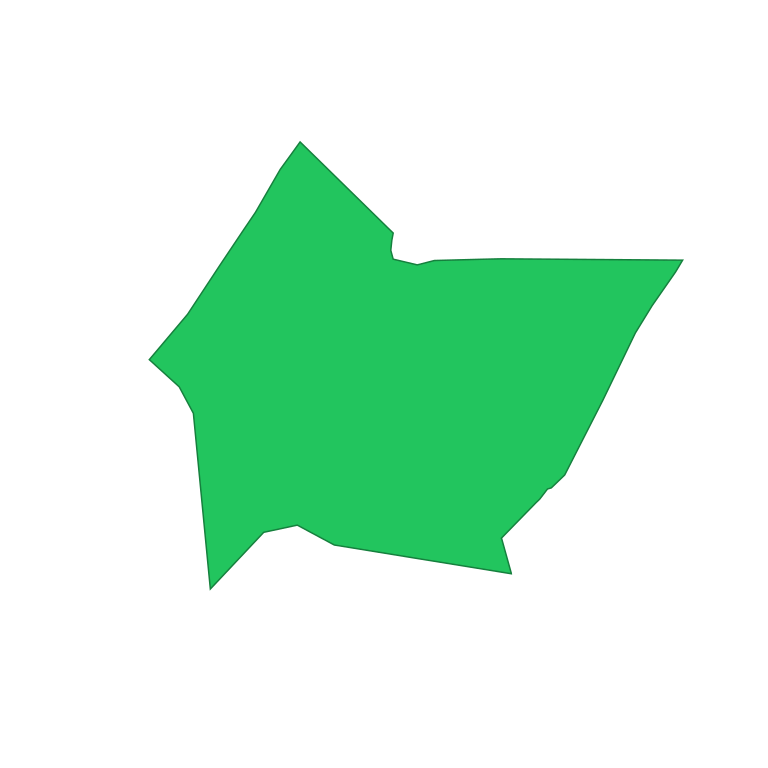 the district of Moughataa d'Enneama, Hodh ech Chargui, Mauritania, rotated 213°
{"feature_id": "47542326B75019227159374", "entity_name": "Moughataa d'Enneama", "entity_type": "district", "adm_level": 2, "iso_a3": "MRT", "parent_name": "Mauritania", "parent_adm1": "Hodh ech Chargui", "projection": "robinson", "projection_center": [-7.374, 16.407], "detail": "fine", "context": "isolated", "style": "filled", "palette": "green", "viewbox_px": 768, "rotation_deg": 213, "n_neighbors": 0, "source": "geoboundaries", "source_scale": "gbopen_adm2", "svg_char_len": 651}
<svg xmlns="http://www.w3.org/2000/svg" viewBox="0 0 768 768"><g transform="rotate(213 384 384)"><path d="M586.2,541.3L586.8,528.7L587.9,507.6L585.3,458.0L585.7,437.3L586.3,394.5L586.7,335.5L594.1,276.6L554.2,270.1L527.9,255.6L418.0,117.5L404.1,194.1L379.9,218.4L338.0,221.9L260.8,255.9L173.9,294.2L174.4,294.8L201.0,318.3L201.6,318.6L191.9,367.1L190.7,372.3L189.7,385.0L187.1,388.0L182.9,406.1L191.6,489.5L201.0,563.7L201.8,595.8L200.5,636.7L201.0,650.5L353.6,553.0L356.7,550.9L370.3,541.6L409.0,515.0L421.0,502.0L444.3,493.7L451.1,499.8L455.7,508.8L458.5,515.6L466.6,517.2L586.2,541.3Z" fill="#22c55e" stroke="#15803d" stroke-width="1.5"/></g></svg>